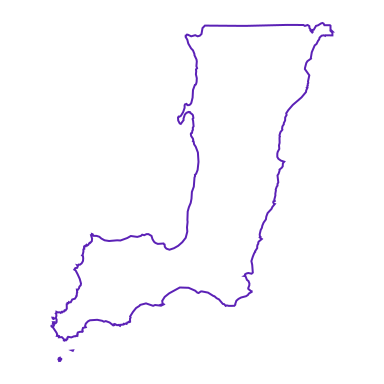 Yorke Peninsula, South Australia, Australia
{"feature_id": "25037944B39877699410120", "entity_name": "Yorke Peninsula", "entity_type": "district", "adm_level": 2, "iso_a3": "AUS", "parent_name": "Australia", "parent_adm1": "South Australia", "projection": "albers", "projection_center": [137.377, -34.732], "detail": "fine", "context": "isolated", "style": "outline", "palette": "violet", "viewbox_px": 384, "rotation_deg": 0, "n_neighbors": 0, "source": "geoboundaries", "source_scale": "gbopen_adm2", "svg_char_len": 5884}
<svg xmlns="http://www.w3.org/2000/svg" viewBox="0 0 384 384"><path d="M287.3,24.9L245.1,25.9L204.9,25.6L202.5,28.1L201.5,34.0L199.8,35.7L197.7,36.3L195.2,35.2L191.2,36.3L187.8,34.7L186.8,34.7L186.3,35.7L185.7,35.7L185.6,36.9L187.3,39.7L188.3,43.6L191.1,48.4L193.0,50.4L194.4,53.9L194.5,55.3L196.5,59.5L196.8,61.5L196.4,66.2L197.1,68.2L196.0,69.4L196.2,71.5L195.9,74.3L196.8,78.2L196.6,81.9L196.1,83.9L195.5,84.8L194.9,84.9L193.0,90.0L192.6,97.6L191.3,102.9L190.3,104.4L189.0,105.1L187.4,105.1L186.5,103.9L185.0,104.4L184.6,105.3L184.6,107.9L183.1,112.2L180.9,115.8L179.3,116.8L178.6,116.6L178.0,117.6L178.2,120.5L179.7,123.4L180.8,123.9L183.6,120.1L183.5,118.7L184.8,114.6L186.5,112.8L187.4,112.4L188.4,112.6L187.9,112.2L188.6,111.9L190.0,112.1L190.5,112.7L189.4,112.2L192.2,114.3L192.9,115.2L193.4,118.0L192.6,119.0L193.1,120.8L193.6,126.3L192.8,127.7L192.9,129.9L192.4,130.5L192.0,132.9L191.0,133.3L190.8,134.0L191.2,136.1L192.9,138.6L193.3,140.3L192.9,141.2L193.7,141.8L194.1,144.3L195.7,146.7L197.9,152.5L198.5,161.9L197.6,170.0L196.1,173.8L194.9,174.9L195.1,176.1L194.5,177.5L193.8,186.7L191.9,191.9L191.5,198.7L190.7,202.9L188.9,207.2L187.7,211.5L187.4,220.1L187.6,221.9L187.0,227.3L187.3,231.6L185.7,237.8L182.3,242.2L178.2,245.8L174.0,248.2L169.5,249.7L166.5,248.7L165.6,247.8L164.8,246.7L164.6,244.5L163.8,244.1L163.5,243.5L157.8,243.9L155.4,242.9L154.0,241.7L152.5,239.2L151.5,235.9L148.4,234.1L146.6,234.1L144.2,235.2L142.2,234.7L140.9,235.9L137.3,236.9L130.8,236.0L127.3,238.0L120.4,240.5L117.2,240.3L109.1,241.0L104.6,240.3L101.3,238.5L99.4,236.8L96.6,235.9L93.4,235.8L92.6,234.2L92.0,234.0L92.1,234.8L91.0,235.1L92.1,238.7L91.8,241.2L90.1,243.0L89.7,242.8L89.1,243.4L88.4,244.7L87.4,245.4L86.7,244.9L86.5,245.5L86.1,245.2L84.8,246.0L85.0,246.5L84.1,246.6L84.0,248.2L84.3,248.8L83.4,249.4L83.4,251.7L82.7,254.8L82.1,255.4L83.0,256.2L83.2,258.4L83.0,260.9L82.4,262.1L81.6,263.4L79.9,264.7L78.6,264.6L77.9,265.5L77.2,265.3L77.8,266.3L77.2,267.8L75.3,268.1L74.3,269.6L75.6,270.4L77.6,274.2L79.7,278.8L81.0,283.5L80.7,285.3L79.4,286.6L79.0,288.2L77.7,289.9L76.9,289.7L77.2,292.6L76.9,292.9L76.7,295.8L76.3,295.9L76.1,296.9L74.9,298.7L72.2,299.5L70.8,302.2L69.2,302.5L68.8,302.2L68.4,303.1L67.5,303.0L67.4,303.9L66.7,304.2L66.8,308.7L65.5,310.5L64.6,310.3L64.0,311.5L62.9,311.6L62.2,312.3L61.6,311.9L60.7,312.9L59.8,312.3L57.7,312.4L56.4,311.8L56.3,312.9L55.8,313.4L56.2,313.8L56.4,315.9L55.8,318.0L56.6,319.5L56.6,322.0L55.7,323.2L54.8,323.6L53.0,323.1L52.8,323.9L53.6,324.0L53.0,324.4L53.7,324.3L54.0,325.2L53.4,326.3L51.5,326.0L51.5,326.4L53.1,327.6L56.5,332.7L57.1,334.1L57.0,334.9L57.5,335.3L57.1,335.9L59.0,336.1L58.9,337.3L61.8,337.1L63.5,338.8L64.1,339.8L63.9,340.4L64.5,340.6L65.1,339.7L65.6,339.6L66.1,340.2L66.9,339.5L67.0,339.0L67.5,338.7L67.4,337.6L68.1,336.8L71.3,337.4L74.3,336.2L75.0,336.4L76.2,335.8L77.0,336.1L77.5,335.8L77.2,334.8L77.7,334.1L77.4,333.6L77.8,332.5L79.9,331.8L82.4,331.8L82.8,331.1L82.3,330.1L83.0,327.9L85.8,327.2L85.1,325.9L85.8,323.6L87.9,321.4L89.9,320.3L97.2,319.8L102.2,320.8L103.9,321.7L105.8,321.1L109.6,322.5L113.2,325.4L113.6,325.3L113.3,325.0L113.5,324.4L114.8,324.0L117.1,325.2L118.5,324.9L119.5,325.6L119.8,325.2L120.2,325.6L120.6,324.8L123.2,324.6L123.6,323.9L124.2,324.2L125.4,323.5L126.6,323.9L127.3,322.5L128.2,322.4L128.7,321.8L129.6,322.1L130.1,321.8L130.0,318.7L130.6,317.6L130.1,316.5L132.9,312.0L136.1,308.0L139.4,305.9L140.2,304.9L146.0,303.4L153.1,305.8L155.1,305.0L161.0,305.7L163.7,304.4L163.6,304.2L163.0,304.0L163.4,304.2L161.7,305.0L160.9,304.7L162.7,304.1L162.2,300.9L164.7,296.9L169.2,293.3L179.8,287.5L188.6,287.8L195.2,290.7L197.3,292.6L198.6,293.0L200.8,291.5L201.8,291.4L208.0,292.6L213.6,296.1L214.4,296.2L216.6,298.2L219.0,299.4L222.8,303.9L224.2,304.2L225.7,305.9L226.8,305.4L229.0,305.9L234.3,305.8L235.3,304.7L235.3,303.8L236.4,300.7L238.5,298.9L241.1,297.5L246.1,296.2L248.0,294.9L248.9,293.5L251.7,291.9L251.6,291.2L251.0,291.1L248.4,289.0L248.2,288.2L249.3,285.4L249.4,283.5L248.5,281.1L246.9,279.8L245.5,276.2L244.4,276.0L245.2,275.6L245.0,274.4L246.4,273.5L248.3,273.0L251.6,273.7L252.8,272.6L252.2,264.8L251.4,261.1L252.8,256.7L254.2,253.2L255.2,251.9L255.0,251.4L257.2,248.1L257.2,246.3L257.5,244.9L258.3,243.7L258.2,242.9L258.6,241.7L261.8,239.0L259.8,237.5L260.4,236.8L259.9,236.4L259.7,234.3L260.7,230.0L261.9,227.8L262.3,225.7L263.6,222.6L265.9,219.4L266.3,216.6L267.6,213.1L271.5,208.9L272.4,206.9L274.8,204.0L273.9,203.7L273.2,202.2L273.5,201.3L274.8,200.9L274.3,199.7L275.4,195.4L275.3,193.8L275.9,190.4L275.7,189.5L276.8,186.5L277.5,185.7L277.5,183.9L278.3,182.4L277.5,175.4L278.6,173.7L279.6,170.5L279.5,169.6L281.7,167.8L282.7,166.4L282.9,163.3L284.2,161.7L280.9,160.6L278.4,158.8L277.3,156.9L277.3,153.7L277.7,151.9L279.3,148.9L279.0,145.3L279.6,142.9L279.5,137.7L279.9,136.4L279.5,135.9L279.6,134.9L280.4,132.2L282.4,129.7L282.1,128.6L282.4,126.4L283.8,124.3L283.8,123.1L285.1,120.5L285.2,117.4L286.6,115.0L286.2,113.3L288.4,110.0L292.8,104.9L301.5,97.4L306.0,92.0L306.2,90.4L307.2,88.2L306.9,87.8L307.5,87.5L307.3,86.0L307.8,85.5L307.7,84.0L308.3,82.9L308.0,81.5L309.3,75.3L304.9,69.1L305.0,67.9L306.3,63.0L307.4,61.2L311.0,58.6L310.8,58.2L311.8,52.2L314.7,45.4L316.5,44.0L318.1,40.7L319.1,39.5L319.6,37.6L321.6,35.7L323.9,35.3L325.2,35.9L325.6,35.3L332.4,35.4L332.4,32.7L331.2,31.5L332.5,31.5L330.5,29.6L330.5,25.7L329.9,25.2L324.4,25.2L323.6,23.6L322.5,23.0L321.1,23.4L318.1,25.3L316.0,25.9L313.8,29.7L312.3,30.0L312.7,32.0L312.2,32.5L310.4,30.5L310.3,29.0L309.5,28.1L309.3,26.1L307.6,25.0L304.9,25.9L303.4,25.0L287.3,24.9ZM59.4,359.4L59.0,360.3L59.1,361.0L60.1,360.9L60.1,359.8L60.5,360.2L61.2,359.5L61.2,358.8L60.2,358.6L59.9,357.7L58.8,358.2L58.5,359.3L59.4,359.4ZM54.2,318.6L53.6,317.8L52.5,317.7L52.8,318.6L53.5,319.0L54.2,318.6ZM53.1,322.2L53.4,322.8L53.8,322.2L53.1,322.2ZM72.1,350.5L72.8,350.8L73.0,350.4L72.1,350.5Z" fill="none" stroke="#5b21b6" stroke-width="2"/></svg>